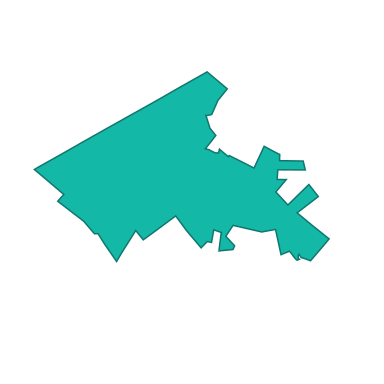 Sáric, Sonora, Mexico (Albers equal-area conic projection), rotated 310°
{"feature_id": "50627088B71903228926", "entity_name": "Sáric", "entity_type": "district", "adm_level": 2, "iso_a3": "MEX", "parent_name": "Mexico", "parent_adm1": "Sonora", "projection": "albers", "projection_center": [-111.433, 31.244], "detail": "fine", "context": "isolated", "style": "filled", "palette": "teal", "viewbox_px": 384, "rotation_deg": 310, "n_neighbors": 0, "source": "geoboundaries", "source_scale": "gbopen_adm2", "svg_char_len": 1651}
<svg xmlns="http://www.w3.org/2000/svg" viewBox="0 0 384 384"><g transform="rotate(310 192 192)"><path d="M293.7,126.3L293.3,126.2L267.5,116.5L254.8,111.8L243.2,107.6L206.0,93.5L205.7,93.4L185.5,85.7L182.7,84.7L180.0,83.7L178.7,83.2L172.2,80.7L169.7,79.8L167.9,79.1L165.6,78.3L162.4,77.1L160.7,76.4L158.0,75.4L155.2,74.4L153.8,73.9L153.3,73.7L150.3,72.6L149.3,72.2L139.5,68.6L111.5,58.0L111.2,57.9L107.9,56.8L107.9,66.5L107.7,95.5L103.7,95.2L98.6,95.1L100.0,127.9L97.3,144.1L99.0,146.0L99.7,146.8L96.0,158.2L90.3,178.9L100.5,177.2L103.5,176.8L126.3,173.7L124.0,185.4L136.5,188.5L163.2,194.9L159.5,210.1L158.7,213.7L158.6,214.2L155.1,234.9L163.8,235.5L165.9,239.4L166.2,239.2L166.4,239.1L177.0,233.0L179.9,240.7L178.6,241.5L178.6,241.2L165.1,249.9L164.8,250.4L164.5,250.7L164.4,250.7L174.3,260.4L178.2,259.2L179.8,246.4L192.8,244.9L206.2,271.1L215.5,278.8L217.0,280.0L215.9,281.5L201.2,300.5L209.3,304.7L208.4,309.6L208.0,310.5L207.3,314.5L207.3,316.3L209.5,317.5L209.6,315.9L211.7,314.2L213.1,314.1L211.9,317.9L213.1,320.2L215.5,327.0L234.7,327.2L244.2,327.2L244.1,321.9L243.7,305.1L243.6,286.7L243.6,285.9L269.7,291.7L272.9,276.7L243.7,273.8L245.9,256.2L262.1,256.2L256.3,249.1L264.2,243.5L281.7,264.6L287.2,257.3L272.3,238.9L276.9,235.3L277.2,235.0L276.7,233.6L276.6,232.8L275.5,228.3L275.2,226.7L273.4,217.9L250.2,224.1L246.9,209.8L244.4,199.4L243.9,197.1L242.4,197.1L242.4,188.8L242.5,185.5L238.9,187.2L236.9,184.6L235.9,180.8L235.3,177.8L233.7,174.4L243.6,174.2L247.4,174.0L250.6,173.9L252.4,164.8L259.6,153.5L259.8,154.0L264.0,157.3L265.5,156.9L278.8,153.0L293.7,152.7L293.7,126.3Z" fill="#14b8a6" stroke="#0f766e" stroke-width="1.5"/></g></svg>